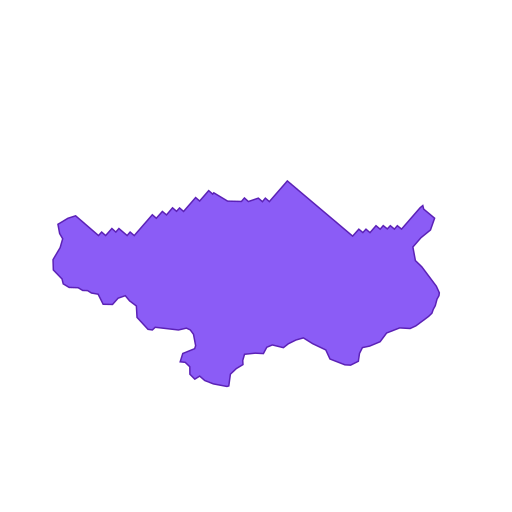 outline of Douglas, Washington, United States of America, rotated 221°
{"feature_id": "52423323B13167206159035", "entity_name": "Douglas", "entity_type": "district", "adm_level": 2, "iso_a3": "USA", "parent_name": "United States of America", "parent_adm1": "Washington", "projection": "natural_earth1", "projection_center": [-119.676, 47.685], "detail": "fine", "context": "isolated", "style": "filled", "palette": "violet", "viewbox_px": 512, "rotation_deg": 221, "n_neighbors": 0, "source": "geoboundaries", "source_scale": "gbopen_adm2", "svg_char_len": 1746}
<svg xmlns="http://www.w3.org/2000/svg" viewBox="0 0 512 512"><g transform="rotate(221 256 256)"><path d="M163.2,403.5L163.8,400.2L163.8,371.8L169.2,371.6L169.2,367.1L174.5,367.0L174.7,362.6L179.9,362.4L179.9,357.7L185.3,357.6L185.3,348.4L190.6,348.4L190.7,343.8L196.0,343.7L196.1,334.4L281.6,333.2L281.6,305.8L286.9,305.8L286.8,301.2L292.2,301.2L297.5,292.1L302.8,292.2L302.8,287.6L313.4,278.8L329.3,276.0L329.3,274.3L334.6,274.3L334.6,260.5L339.9,260.5L339.9,242.1L345.2,242.1L345.3,237.6L350.6,237.6L350.5,228.3L355.9,228.2L356.0,219.1L361.3,219.1L361.3,191.5L366.7,191.5L366.7,186.9L377.5,186.8L377.5,182.1L382.8,182.2L382.9,172.8L388.2,172.8L388.3,168.1L418.5,168.0L422.7,161.1L426.3,150.0L418.9,144.1L413.2,142.2L409.3,133.8L406.8,120.1L399.8,112.5L387.3,111.4L383.2,108.5L376.4,109.7L369.4,115.4L364.2,116.3L360.4,119.4L355.9,120.1L350.1,123.6L339.7,119.3L332.5,125.3L332.4,133.7L328.6,140.3L321.9,139.2L313.5,139.8L305.5,131.6L289.4,129.8L285.7,132.2L285.3,136.1L266.0,149.3L261.2,155.9L257.1,157.1L251.8,155.9L242.7,148.7L241.5,145.8L247.3,134.4L243.8,126.4L239.7,129.3L233.3,129.0L228.3,123.4L221.4,122.9L219.7,128.4L213.0,128.4L204.3,131.5L192.3,138.5L191.3,140.1L197.8,150.0L197.0,158.1L194.6,165.5L197.5,168.5L200.2,174.3L192.8,182.2L186.4,187.2L188.0,194.2L185.3,199.6L175.2,204.8L174.0,211.0L170.7,218.9L166.5,225.3L155.7,227.0L141.7,230.9L132.6,226.8L117.5,232.2L113.0,235.7L109.7,243.7L114.0,250.4L115.6,256.7L111.1,262.6L106.1,272.7L106.9,283.6L100.4,296.0L92.1,302.4L89.5,308.2L86.1,323.7L85.7,328.2L87.2,332.0L88.1,336.1L91.1,342.2L91.9,346.1L93.5,348.5L100.1,351.5L123.7,356.6L132.7,357.1L143.5,365.7L143.5,378.0L141.4,390.1L146.0,401.7L160.2,401.4L163.2,403.5Z" fill="#8b5cf6" stroke="#5b21b6" stroke-width="1.5"/></g></svg>